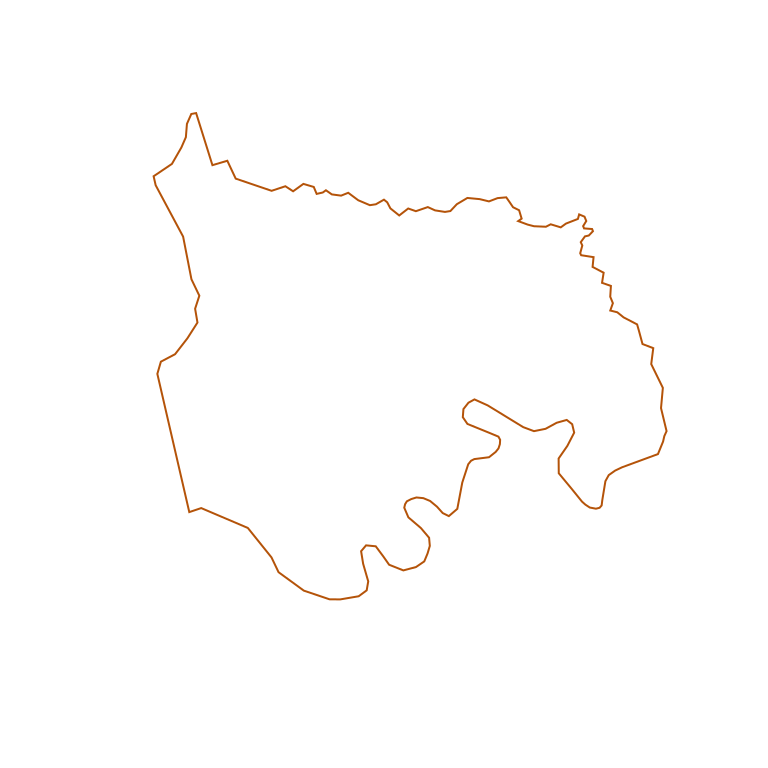 outline of San Gregorio de Polanco, Tacuarembó, Uruguay, rotated 18°
{"feature_id": "84410073B83102109001145", "entity_name": "San Gregorio de Polanco", "entity_type": "district", "adm_level": 2, "iso_a3": "URY", "parent_name": "Uruguay", "parent_adm1": "Tacuarembó", "projection": "mercator", "projection_center": [-55.799, -32.506], "detail": "fine", "context": "isolated", "style": "outline", "palette": "amber", "viewbox_px": 768, "rotation_deg": 18, "n_neighbors": 0, "source": "geoboundaries", "source_scale": "gbopen_adm2", "svg_char_len": 2289}
<svg xmlns="http://www.w3.org/2000/svg" viewBox="0 0 768 768"><g transform="rotate(18 384 384)"><path d="M667.3,341.5L654.9,321.3L650.4,301.5L632.0,282.5L629.0,266.7L617.5,266.1L610.2,254.9L606.3,249.1L591.3,246.6L583.7,243.7L576.5,244.2L576.7,236.4L572.2,231.1L569.5,220.6L560.1,220.4L558.5,210.3L546.2,208.2L544.1,198.6L531.7,200.6L530.2,199.0L529.8,191.0L527.3,188.3L529.5,181.5L532.9,179.5L535.5,174.1L534.0,172.3L526.2,174.2L524.6,172.3L526.0,166.5L523.0,162.9L517.2,162.4L517.4,167.1L507.5,175.2L503.7,180.4L493.2,180.6L489.4,184.4L477.9,187.6L471.4,188.0L461.3,187.6L463.8,184.2L458.8,177.0L452.1,176.0L447.1,172.1L442.6,168.7L434.6,172.1L427.4,177.9L417.9,178.6L405.8,181.3L397.7,190.5L393.7,199.0L388.8,201.5L378.9,203.1L371.0,202.2L360.9,209.8L352.8,209.6L346.4,219.0L335.8,215.0L330.9,210.2L327.0,208.7L320.7,215.6L315.3,218.3L302.7,217.2L290.9,213.2L285.0,218.1L275.8,219.8L268.9,217.7L266.6,220.8L261.2,224.0L256.3,218.3L245.5,218.6L238.0,228.8L229.1,226.4L217.4,235.0L179.5,234.5L166.0,220.1L153.2,228.9L121.6,184.4L117.3,186.7L116.2,197.5L119.3,210.5L118.2,221.7L114.3,240.2L100.7,257.6L105.4,265.5L147.4,305.9L168.5,343.9L181.1,357.1L181.1,370.8L187.6,383.2L182.9,401.3L176.1,420.2L164.9,431.7L165.3,444.4L238.4,566.0L248.5,558.5L299.0,563.0L330.6,583.7L341.9,595.6L356.0,600.2L371.6,605.3L398.7,605.6L408.9,602.4L425.5,593.7L431.3,585.6L430.0,576.6L419.7,561.4L413.9,550.1L416.8,543.0L426.3,540.9L436.6,548.2L444.7,554.3L460.0,555.3L471.0,548.2L477.1,540.3L477.4,536.8L477.8,531.7L477.6,523.8L474.4,516.3L463.6,509.6L448.4,503.3L441.5,495.4L441.2,491.8L442.0,488.5L445.5,485.0L449.9,481.9L456.7,480.4L464.0,481.0L472.3,484.3L479.7,488.6L486.5,489.6L492.3,480.1L488.9,453.5L488.9,440.0L488.9,434.3L490.5,430.1L493.1,427.5L506.5,421.2L511.2,414.1L512.8,409.9L512.8,405.4L511.7,401.2L509.1,398.7L497.8,397.8L475.7,396.2L469.2,391.2L468.8,389.5L467.3,383.3L470.1,375.7L474.8,370.7L489.2,372.3L529.7,382.0L541.2,382.5L551.5,376.7L560.2,367.5L568.9,361.7L575.4,364.1L579.9,371.5L577.5,386.2L573.1,400.9L577.8,414.9L594.4,425.4L608.7,434.7L612.8,436.5L617.9,437.9L624.1,437.1L627.3,435.1L628.5,432.3L628.2,430.6L627.5,427.0L624.6,408.0L625.9,401.2L630.6,394.9L636.2,389.6L666.2,366.0L667.2,352.5L666.7,346.9L667.3,341.5Z" fill="none" stroke="#b45309" stroke-width="2"/></g></svg>